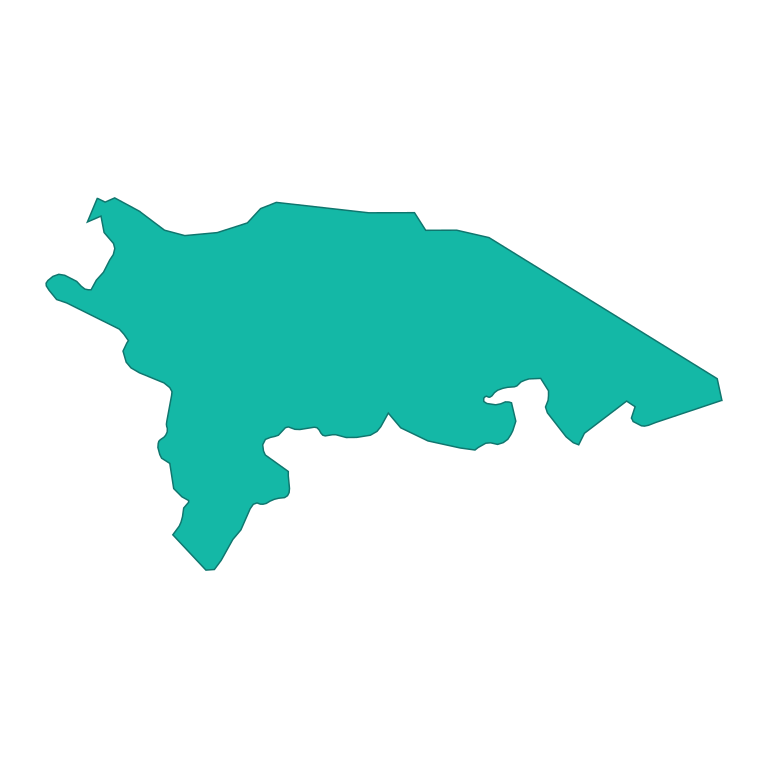 an SVG outline of Thurgau
{"feature_id": "CHE-174", "entity_name": "Thurgau", "entity_type": "Canton", "adm_level": 1, "iso_a3": "CHE", "parent_name": "Switzerland", "parent_adm1": "", "projection": "orthographic", "projection_center": [9.06, 47.531], "detail": "fine", "context": "isolated", "style": "filled", "palette": "teal", "viewbox_px": 768, "rotation_deg": 0, "n_neighbors": 0, "source": "natural_earth", "source_scale": "10m", "svg_char_len": 2262}
<svg xmlns="http://www.w3.org/2000/svg" viewBox="0 0 768 768"><path d="M139.9,211.5L140.5,212.1L164.5,230.2L184.8,235.6L217.3,232.6L247.4,222.9L260.6,208.6L276.3,202.4L368.7,212.8L414.5,212.7L425.7,230.3L456.7,230.2L489.0,237.6L717.2,378.7L721.9,400.4L721.7,400.4L655.9,422.4L648.4,425.3L644.5,426.1L641.4,425.8L633.1,421.5L632.3,419.6L631.4,418.1L635.1,406.7L626.6,401.1L584.4,433.3L578.7,444.8L573.3,442.7L566.1,436.8L547.4,412.8L545.5,407.0L548.1,400.3L548.5,395.8L548.5,390.8L540.7,378.4L529.0,378.9L524.9,380.2L521.0,381.9L516.9,385.9L514.4,386.8L507.6,387.3L502.9,388.3L497.7,390.2L494.5,392.6L491.9,395.9L489.8,397.2L488.4,397.1L486.6,396.2L485.1,396.7L483.7,398.3L483.8,401.5L486.9,403.5L495.7,404.8L500.8,403.8L505.3,401.9L509.0,402.0L511.5,402.8L515.8,421.2L512.8,430.7L510.9,434.5L507.8,439.3L503.3,442.6L497.6,444.4L490.6,442.8L485.8,443.2L478.2,447.5L475.0,450.0L460.3,448.0L427.9,440.9L400.7,427.8L388.3,413.1L380.8,426.7L377.0,431.4L370.4,435.2L356.6,437.4L346.2,437.5L335.8,434.7L332.6,434.7L325.2,435.9L322.8,435.2L320.9,433.1L319.2,430.0L317.0,427.7L314.3,427.2L299.9,429.5L294.9,429.3L288.3,426.9L285.4,427.7L278.4,435.2L274.9,436.4L270.4,437.4L265.4,439.4L262.7,444.8L263.5,451.0L265.3,455.0L288.3,471.5L288.3,475.9L289.5,488.5L289.1,492.6L287.5,495.7L284.6,497.6L278.8,498.2L274.3,499.3L270.1,501.1L266.3,503.4L263.0,504.2L260.2,504.1L257.0,502.9L253.3,504.3L250.2,508.7L240.9,529.9L232.8,539.5L221.2,560.3L214.4,569.5L205.9,570.1L172.8,534.8L179.2,526.2L181.0,522.2L182.5,516.7L183.7,508.0L188.6,502.3L188.6,500.5L181.9,496.8L173.7,488.6L169.8,463.4L161.6,458.2L159.8,454.6L157.9,447.5L158.2,443.5L158.8,441.3L160.2,439.8L164.0,437.2L165.7,435.2L167.2,432.0L167.3,429.7L167.3,428.1L166.7,426.5L166.4,424.2L166.8,421.3L171.6,395.4L172.0,391.7L169.8,387.6L164.0,382.9L139.4,372.8L131.0,367.9L126.2,362.2L123.0,351.1L126.9,342.9L128.4,340.7L123.9,334.2L119.3,329.1L66.6,302.9L56.6,299.5L49.1,290.3L46.3,285.9L46.1,283.2L47.9,280.5L52.9,276.4L58.8,274.3L64.8,275.3L76.7,281.4L81.2,286.2L84.9,289.1L88.4,289.8L91.1,289.8L96.3,280.2L103.5,272.2L109.8,259.9L113.3,254.6L114.8,248.5L113.5,243.5L104.1,232.5L101.0,216.1L87.4,222.0L97.2,198.5L97.8,198.5L105.1,202.1L114.7,197.9L139.9,211.5Z" fill="#14b8a6" stroke="#0f766e" stroke-width="1.5"/></svg>